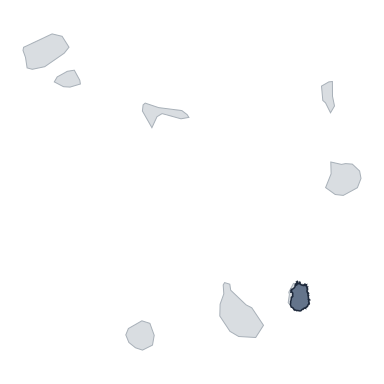 location of Nossa Senhora Da Luz, Maio, Cabo Verde
{"feature_id": "66160863B67599039999674", "entity_name": "Nossa Senhora Da Luz", "entity_type": "district", "adm_level": 2, "iso_a3": "CPV", "parent_name": "Cabo Verde", "parent_adm1": "Maio", "projection": "orthographic", "projection_center": [-23.146, 15.227], "detail": "fine", "context": "in_parent", "style": "filled", "palette": "slate", "viewbox_px": 384, "rotation_deg": 0, "n_neighbors": 0, "source": "geoboundaries", "source_scale": "gbopen_adm2", "svg_char_len": 5101}
<svg xmlns="http://www.w3.org/2000/svg" viewBox="0 0 384 384"><path d="M263.5,325.3L255.7,337.5L238.7,336.5L230.0,331.4L219.8,316.0L220.1,304.2L223.8,293.9L223.2,285.0L224.6,282.6L229.8,284.2L230.7,290.2L246.1,304.9L251.8,307.8L263.5,325.3ZM44.7,66.7L32.3,69.3L27.1,67.9L25.5,57.4L23.0,50.4L23.6,47.3L52.1,33.9L62.1,36.3L69.0,47.2L64.2,53.2L44.7,66.7ZM330.8,162.0L341.5,164.4L345.5,163.6L352.3,164.1L359.6,171.0L361.0,178.4L357.4,187.7L343.3,195.4L335.2,194.5L325.6,187.6L331.1,173.8L330.8,162.0ZM152.5,345.1L142.5,350.1L135.5,347.8L128.9,342.5L125.8,334.9L128.4,328.5L141.9,320.8L149.9,323.4L154.2,335.3L152.5,345.1ZM181.9,110.6L187.1,114.6L188.9,117.4L181.0,118.8L162.1,113.6L157.0,116.7L151.9,127.7L142.4,111.0L143.1,104.9L145.2,103.1L158.6,107.6L181.9,110.6ZM297.1,308.2L293.5,308.7L288.2,302.7L289.4,294.4L288.8,292.2L293.5,283.4L302.8,284.2L305.2,290.7L305.6,304.2L297.1,308.2ZM80.4,84.0L70.0,87.1L63.5,86.7L54.3,81.9L57.2,76.9L67.3,71.3L74.3,70.2L79.8,80.3L80.4,84.0ZM334.5,106.0L330.5,112.8L325.5,102.8L322.8,100.5L321.5,86.1L328.8,81.9L332.4,81.5L332.5,96.3L334.5,106.0Z" fill="#d9dde1" stroke="#a8b0b8" stroke-width="1"/><path d="M307.5,289.9L307.6,289.6L307.4,289.3L307.5,289.2L307.5,289.3L307.5,289.2L307.4,289.2L307.2,288.9L307.1,288.6L307.1,288.4L307.0,288.2L306.9,287.9L306.9,287.5L307.1,287.5L307.0,287.3L306.9,287.2L307.0,287.1L306.9,287.1L306.9,286.9L306.8,286.7L306.7,286.6L306.7,286.3L306.5,286.2L306.5,285.8L306.4,285.7L306.1,285.6L306.0,285.4L306.1,285.2L305.9,285.3L305.7,285.2L305.8,285.1L305.6,284.9L305.7,284.7L305.3,284.7L305.2,284.4L305.0,284.5L304.9,284.8L304.9,284.7L304.9,284.8L304.8,284.7L304.7,284.8L304.7,284.7L304.6,284.4L304.5,284.5L304.4,284.8L304.2,284.8L304.2,285.0L303.8,285.2L303.6,285.4L303.4,285.3L303.3,285.5L303.1,285.5L303.0,285.4L302.9,285.4L302.7,285.3L302.4,285.2L302.1,285.2L301.9,284.9L301.7,284.9L301.4,284.9L300.9,284.7L300.7,284.6L300.0,283.9L299.9,283.7L300.0,283.5L299.9,283.4L300.1,283.2L300.0,282.8L300.1,282.7L300.0,282.3L299.9,282.2L299.8,282.5L299.7,282.6L299.5,283.0L299.6,283.5L299.4,283.7L299.2,283.8L298.9,283.8L298.4,283.7L298.0,283.5L297.9,283.5L297.9,283.3L297.9,283.2L297.8,282.9L297.7,282.6L297.9,282.2L297.6,282.0L297.5,281.9L297.5,281.5L297.4,281.4L297.3,281.5L297.4,281.8L297.4,282.0L297.1,282.0L297.3,282.2L297.4,282.4L297.3,282.5L297.2,282.4L297.2,282.6L297.1,282.8L296.9,282.9L296.8,283.0L296.5,283.0L296.3,283.3L296.5,283.3L296.6,283.5L296.5,283.8L296.7,283.7L296.7,283.9L296.8,284.0L297.0,284.4L297.0,284.6L296.6,285.1L296.3,285.1L296.0,285.1L295.9,284.9L295.7,284.8L295.5,284.7L295.2,284.6L294.9,284.9L294.7,284.8L295.0,285.1L295.1,285.3L295.3,285.4L295.3,285.7L295.1,286.4L294.6,287.4L294.1,288.0L293.7,288.2L293.0,288.8L292.4,289.2L291.8,289.5L291.5,289.4L291.5,289.5L291.4,289.6L291.3,289.8L291.6,289.9L291.7,290.0L291.7,290.3L291.6,290.5L291.4,290.8L291.2,290.9L290.9,290.9L290.9,291.1L291.0,291.4L291.0,291.7L291.0,291.8L290.9,292.1L291.0,292.1L291.3,292.1L291.8,292.3L291.9,292.1L292.0,292.1L292.4,292.4L292.6,292.8L292.5,293.0L292.8,293.6L292.8,294.1L292.6,294.7L292.7,294.8L292.6,295.1L292.7,295.5L292.8,295.7L292.7,296.1L292.5,296.3L292.7,296.6L292.4,296.9L292.2,296.8L291.8,297.2L291.6,297.1L291.4,297.2L291.3,297.4L291.4,297.8L291.4,298.2L291.2,298.9L291.1,300.2L290.6,301.5L290.6,302.2L290.7,302.5L290.5,304.0L290.4,304.6L290.6,305.3L290.9,306.0L291.1,306.9L291.2,307.1L292.0,307.3L292.8,307.7L292.9,307.9L293.1,308.0L293.3,308.3L293.3,308.5L293.5,308.6L293.8,309.0L293.8,309.3L294.0,309.5L294.0,309.4L294.0,309.6L294.4,309.6L294.7,309.8L294.9,310.0L295.7,310.1L296.8,310.7L297.4,310.5L298.4,310.6L299.2,310.9L299.4,310.8L300.2,310.9L300.8,310.8L301.1,310.6L301.9,309.6L302.4,309.4L302.7,309.4L302.9,309.2L303.1,309.3L303.3,309.1L303.4,308.7L303.6,308.7L303.8,308.5L303.9,308.4L304.0,308.3L304.1,308.2L304.2,308.3L304.4,308.2L304.5,308.2L304.9,307.9L305.0,307.9L305.1,308.0L305.2,307.9L305.3,308.0L305.5,307.9L305.6,308.0L305.6,307.8L305.9,307.4L306.1,307.3L306.3,307.2L306.5,307.2L306.6,306.8L307.2,306.3L307.4,306.2L307.5,306.3L307.7,306.0L307.6,305.8L307.7,305.7L307.8,305.5L307.8,305.2L308.0,305.1L308.0,304.9L308.3,304.5L308.6,304.3L308.7,304.2L308.8,304.1L309.0,304.1L309.1,303.9L308.9,303.7L309.0,303.6L309.0,303.4L309.0,303.5L308.9,303.4L308.8,303.2L308.9,302.7L309.1,302.7L308.9,302.2L309.0,302.0L308.8,301.9L308.7,301.6L308.6,301.4L308.5,301.2L308.7,300.7L308.8,300.6L309.0,300.4L309.0,300.5L309.1,300.2L308.9,300.0L309.0,299.9L308.9,299.9L309.0,299.9L308.9,299.8L309.0,299.8L308.8,299.8L308.7,299.6L308.7,299.1L308.5,298.8L308.6,298.7L308.6,298.4L308.4,297.9L308.5,297.7L308.4,297.4L308.4,297.2L308.3,296.9L308.4,296.7L308.2,296.3L308.3,295.9L308.4,295.7L308.4,295.4L308.2,295.3L308.3,295.2L308.1,295.1L308.2,294.9L308.3,294.9L308.1,294.6L307.9,294.2L307.8,293.9L308.0,293.8L308.0,293.7L307.9,293.6L307.8,293.4L307.9,293.2L308.0,293.2L307.9,293.1L308.0,292.9L307.7,292.9L307.7,292.7L307.4,292.4L307.5,292.3L307.4,291.9L307.2,291.9L307.2,291.5L307.0,291.4L307.0,291.2L306.9,290.8L307.0,290.5L307.1,290.3L307.1,290.2L307.5,290.0L307.5,289.9Z" fill="#64748b" stroke="#1e293b" stroke-width="1.5"/></svg>